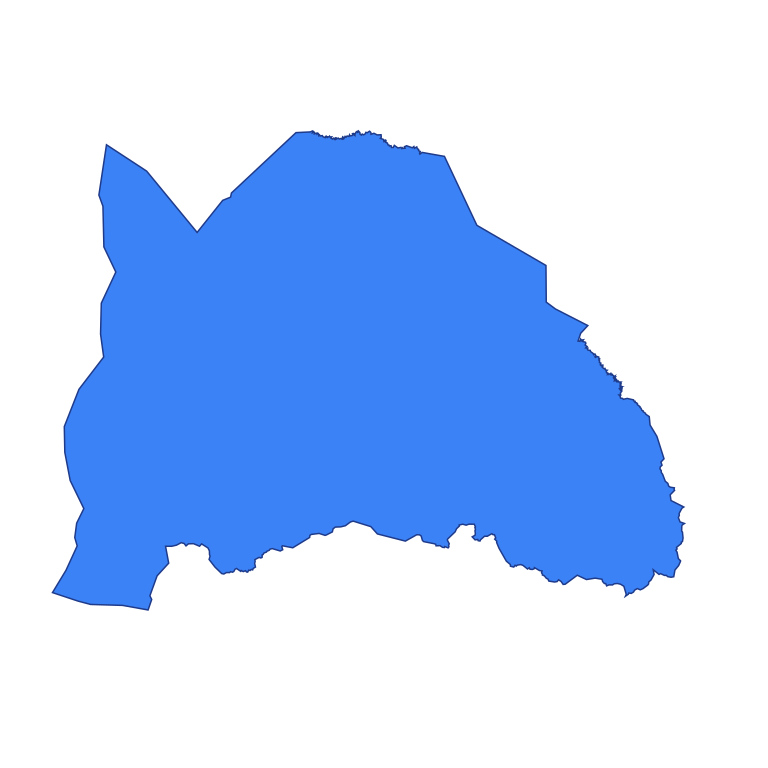 the district of Xalx gol, Dornod, Mongolia, rotated 6°
{"feature_id": "93677404B3085807680593", "entity_name": "Xalx gol", "entity_type": "district", "adm_level": 2, "iso_a3": "MNG", "parent_name": "Mongolia", "parent_adm1": "Dornod", "projection": "albers", "projection_center": [119.062, 47.201], "detail": "fine", "context": "isolated", "style": "filled", "palette": "blue", "viewbox_px": 768, "rotation_deg": 6, "n_neighbors": 0, "source": "geoboundaries", "source_scale": "gbopen_adm2", "svg_char_len": 6152}
<svg xmlns="http://www.w3.org/2000/svg" viewBox="0 0 768 768"><g transform="rotate(6 384 384)"><path d="M76.1,626.1L102.4,631.9L115.3,633.9L147.1,631.5L173.0,633.4L175.5,622.6L173.3,619.1L178.4,598.5L188.6,584.7L183.7,568.2L189.7,567.6L194.4,566.0L198.9,563.0L201.9,563.5L204.0,565.7L206.2,563.4L211.2,562.7L217.5,564.6L219.3,562.1L226.0,565.4L227.8,568.2L228.3,572.0L229.0,573.3L228.4,576.8L235.1,583.8L242.4,589.5L244.6,589.7L247.0,588.0L250.2,587.7L251.0,586.7L253.0,587.0L254.2,586.2L255.2,583.8L256.6,582.9L261.1,585.3L261.5,584.4L263.6,585.3L265.7,584.2L266.9,585.3L268.1,585.3L269.0,583.2L270.3,583.5L271.4,582.3L272.8,582.6L273.2,581.1L275.3,579.5L274.1,575.9L274.4,573.9L273.9,572.2L277.9,569.5L279.7,569.9L280.9,569.2L280.7,566.7L281.6,566.2L282.2,564.7L284.7,563.4L285.0,562.6L287.2,561.4L287.9,560.2L290.1,559.4L298.3,560.9L300.6,559.4L299.4,556.4L299.8,555.5L310.4,556.4L326.1,544.4L326.1,542.3L327.4,541.2L335.1,539.4L341.2,540.7L342.4,540.2L348.1,536.5L348.5,533.4L350.5,531.4L355.9,530.6L360.4,529.0L365.1,524.7L367.7,523.6L385.8,527.2L393.1,533.8L421.7,538.0L432.3,530.5L435.1,530.3L436.8,531.2L438.6,535.6L439.9,536.6L450.7,537.6L452.2,538.0L452.7,539.5L456.6,538.9L459.2,540.3L461.2,540.3L461.5,539.3L464.9,540.3L465.6,539.1L465.1,537.7L465.6,536.1L463.3,532.6L463.5,531.5L470.2,523.6L471.3,520.3L473.8,517.4L473.5,516.4L477.0,515.2L480.4,515.8L483.2,514.5L488.4,514.0L489.9,516.6L489.4,517.1L490.2,519.3L489.8,520.2L490.5,523.5L490.3,524.9L487.7,526.8L490.9,529.5L493.5,528.8L494.0,530.0L495.9,530.1L496.3,528.8L499.9,524.9L502.7,524.6L506.9,521.6L508.2,522.5L509.6,522.3L511.2,525.5L510.3,526.7L512.5,528.4L512.6,529.9L515.6,535.4L524.2,547.4L528.5,550.3L528.8,552.0L532.2,552.5L533.3,550.6L534.5,551.3L535.5,550.2L538.9,549.3L541.1,549.8L546.1,553.0L547.7,551.6L548.6,553.0L551.1,552.9L552.7,552.0L552.8,550.9L558.2,553.3L560.7,553.4L560.4,555.3L561.5,556.6L561.5,557.4L563.5,558.0L565.8,560.3L567.3,560.7L568.6,562.8L574.3,563.1L576.8,562.4L578.1,560.5L580.8,561.9L583.1,564.6L585.1,564.2L596.2,554.0L605.8,557.3L614.3,555.0L621.2,555.4L622.1,557.6L624.0,559.4L625.4,559.3L626.5,561.5L628.7,560.3L632.3,559.9L633.9,558.6L637.0,558.0L640.2,558.4L643.7,560.1L646.9,567.9L646.3,569.8L649.0,567.5L649.3,566.3L651.8,566.4L653.9,564.8L654.8,562.8L657.3,561.0L660.4,561.9L663.0,560.4L667.3,556.4L668.0,555.2L668.0,553.2L670.0,551.1L672.5,545.2L671.2,540.6L677.4,544.6L679.0,543.7L682.8,545.0L684.8,544.8L686.2,545.9L689.6,546.2L692.3,545.4L692.8,538.6L696.0,533.8L697.4,529.4L697.4,528.8L695.0,526.9L693.0,520.5L691.6,518.8L692.7,517.4L692.0,515.9L696.3,511.6L696.2,509.5L696.5,510.2L697.3,509.4L697.5,505.9L696.3,500.1L695.4,499.1L695.0,494.0L695.4,493.0L697.4,491.3L692.8,490.2L690.7,486.1L691.4,483.8L691.0,482.0L693.3,476.4L695.0,475.0L681.6,469.9L680.2,464.3L684.1,459.4L683.5,458.5L683.6,456.9L679.5,456.7L677.7,455.7L676.7,453.2L673.9,451.3L670.6,444.8L669.0,442.9L668.8,441.2L667.3,439.5L667.4,437.6L669.0,435.7L667.6,432.7L670.3,429.1L660.9,407.6L652.9,397.0L651.2,388.7L647.5,386.7L647.1,385.8L644.6,384.4L644.6,383.7L643.1,383.1L642.1,381.2L641.0,380.6L641.0,379.8L638.1,378.1L638.2,377.3L637.2,376.3L635.6,376.1L635.6,375.0L634.3,374.8L633.8,373.7L627.4,372.9L623.6,374.2L622.8,373.4L620.7,373.3L620.2,371.6L618.9,370.4L620.6,370.3L620.0,368.4L621.3,366.1L620.5,364.8L620.1,365.7L618.5,364.0L619.1,363.5L619.9,363.9L619.7,364.6L620.4,363.8L621.1,364.3L621.2,362.7L620.7,362.4L620.0,363.2L619.4,362.4L620.8,361.7L619.1,361.6L618.9,360.5L619.7,360.1L619.2,359.5L619.6,358.8L618.9,358.6L619.7,357.3L616.7,357.4L616.5,356.6L615.4,357.5L614.5,356.8L615.2,355.9L614.7,355.2L612.8,356.7L612.9,355.3L612.1,354.4L613.6,354.5L613.0,353.9L613.4,353.0L612.4,353.4L612.8,352.2L611.7,353.2L611.5,351.7L609.4,351.2L610.0,350.6L609.6,350.3L608.7,350.9L608.4,349.7L606.6,351.0L605.9,350.1L605.3,350.8L605.3,349.8L604.6,349.4L603.6,349.6L604.2,349.1L603.7,347.9L604.5,347.0L602.9,346.9L602.1,345.4L601.4,345.9L599.3,344.5L599.9,343.3L599.6,342.3L598.2,343.2L597.3,342.5L597.7,342.1L597.2,341.8L597.5,340.6L596.0,340.1L596.0,338.4L595.1,337.6L595.9,336.5L595.0,336.0L594.7,334.7L593.1,334.4L591.4,335.4L591.0,334.6L592.0,334.0L590.6,332.1L589.4,332.9L589.0,331.9L586.0,330.1L585.6,329.0L583.4,329.0L582.7,328.2L583.0,327.0L580.9,327.0L582.1,325.5L580.0,324.3L580.5,322.4L580.0,321.4L576.8,320.9L577.7,319.2L575.9,319.7L575.0,318.9L575.2,320.1L574.5,320.1L574.4,321.1L572.5,321.0L574.3,313.0L580.6,304.6L546.7,291.5L536.8,285.6L532.7,249.2L459.8,216.5L420.3,151.3L397.8,149.7L395.7,151.6L395.2,150.8L395.8,149.0L394.0,148.3L393.9,147.1L392.5,146.4L391.8,144.8L389.6,146.4L388.9,144.7L387.5,146.1L381.6,144.7L379.6,145.8L380.3,147.3L378.2,147.7L377.9,147.1L377.1,148.0L376.2,146.9L373.2,147.8L369.3,145.6L368.5,147.8L366.7,148.0L366.1,146.3L364.5,146.7L364.1,145.9L362.9,145.7L362.2,144.0L360.5,143.5L360.6,141.8L360.1,141.2L359.2,141.5L359.4,142.6L358.7,143.0L357.8,140.8L354.7,140.1L355.5,138.8L355.0,136.4L351.2,137.0L347.8,135.7L345.0,137.0L344.6,135.2L343.2,134.1L341.0,135.9L339.7,135.6L339.0,137.4L337.7,138.3L336.2,137.7L335.6,138.8L334.1,138.1L333.8,136.6L332.0,134.9L331.4,135.6L331.8,137.0L330.7,135.7L329.8,136.5L328.9,138.9L329.1,139.9L327.4,139.1L327.2,138.5L327.9,138.1L327.2,138.0L326.4,138.5L326.9,139.4L326.3,140.3L324.3,140.8L323.7,139.8L323.2,141.5L321.4,141.2L320.4,142.5L319.4,141.8L318.7,143.5L317.1,142.5L316.9,143.3L317.9,144.6L316.9,145.0L315.6,144.3L313.9,145.0L312.8,144.2L310.8,145.5L310.9,144.3L310.4,144.1L309.5,144.6L309.3,145.8L308.0,144.8L307.2,145.8L305.5,145.0L306.1,143.7L304.7,144.0L303.9,143.2L303.5,144.0L302.3,144.0L302.0,144.6L300.7,143.5L300.0,143.9L300.3,144.9L299.8,145.2L297.4,144.4L296.7,143.4L294.6,144.0L293.9,143.0L293.2,143.8L292.6,141.9L291.9,141.4L291.2,142.5L290.7,141.6L288.6,142.5L288.7,141.3L288.2,140.8L286.7,141.6L287.2,140.1L286.4,139.8L284.4,141.0L270.2,143.2L212.3,210.0L211.9,214.2L204.4,218.2L182.3,252.8L125.7,197.1L83.0,175.1L80.7,225.9L85.9,236.6L91.1,277.0L105.6,300.7L94.4,333.2L96.9,364.0L102.4,386.5L81.2,421.1L70.5,459.8L73.7,485.3L82.0,512.8L98.5,539.3L92.9,554.5L92.5,569.0L95.8,577.1L87.2,602.5L76.1,626.1Z" fill="#3b82f6" stroke="#1e3a8a" stroke-width="1.5"/></g></svg>